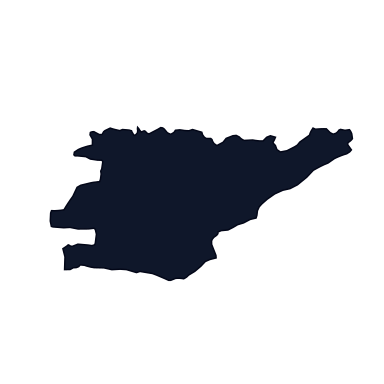 Luncavita, Caras-Severin, Romania (Equal Earth projection), rotated 117°
{"feature_id": "2599482B30693199299192", "entity_name": "Luncavita", "entity_type": "district", "adm_level": 2, "iso_a3": "ROU", "parent_name": "Romania", "parent_adm1": "Caras-Severin", "projection": "equal_earth", "projection_center": [22.223, 45.101], "detail": "fine", "context": "isolated", "style": "filled", "palette": "ink", "viewbox_px": 384, "rotation_deg": 117, "n_neighbors": 0, "source": "geoboundaries", "source_scale": "gbopen_adm2", "svg_char_len": 3476}
<svg xmlns="http://www.w3.org/2000/svg" viewBox="0 0 384 384"><g transform="rotate(117 192 192)"><path d="M289.0,204.9L286.4,202.3L282.6,190.3L282.1,185.9L281.8,181.5L281.5,177.1L281.3,172.7L280.4,170.9L276.3,167.3L275.3,165.5L274.4,163.7L273.7,161.9L273.1,160.0L272.1,159.3L271.1,158.7L270.0,158.1L268.8,157.7L267.6,157.3L261.5,153.5L254.1,150.4L247.9,148.6L244.0,145.4L239.8,140.6L237.6,141.9L229.8,150.7L226.8,152.3L225.0,152.5L222.5,152.0L219.4,150.4L217.4,150.0L215.9,150.7L213.2,148.5L209.5,142.7L207.3,141.1L205.1,139.5L202.8,138.0L200.5,136.6L196.1,132.0L190.0,127.7L186.1,123.1L183.3,123.6L179.0,125.2L174.7,125.4L171.0,124.4L164.4,121.8L156.1,117.4L149.3,112.0L144.5,106.2L137.7,101.3L126.8,96.5L117.6,93.8L114.2,91.5L110.9,89.2L107.6,86.7L104.5,84.0L97.6,80.3L96.0,79.1L94.4,77.8L92.9,76.5L91.4,75.2L89.5,73.4L87.7,71.5L84.6,69.7L82.1,69.1L79.2,74.7L77.2,75.5L76.6,75.1L75.9,74.7L75.3,74.4L74.6,74.1L73.9,73.8L73.1,73.6L72.4,73.4L71.6,73.3L68.3,75.6L67.4,76.3L66.7,77.2L66.0,78.1L65.5,79.0L65.0,80.0L67.6,83.7L68.8,88.1L70.2,89.2L71.2,89.3L72.1,89.5L73.0,89.8L73.9,90.2L74.5,90.6L76.4,92.5L76.4,95.9L74.7,101.0L75.9,103.4L77.2,105.8L78.6,108.2L80.0,110.5L80.1,113.2L81.1,113.3L82.1,113.4L83.1,113.5L84.1,113.5L85.1,113.5L86.1,113.4L87.0,113.3L88.0,113.1L98.5,118.6L102.3,119.4L104.9,120.9L112.1,126.1L116.2,131.4L115.7,135.6L112.7,138.8L111.8,141.3L110.9,142.5L109.5,142.3L108.1,142.3L106.7,142.4L105.3,142.5L106.3,147.7L109.3,150.3L114.3,151.9L114.7,152.8L115.8,154.9L116.6,157.0L117.4,159.2L118.1,161.5L122.4,169.0L122.4,170.5L122.3,172.0L122.0,173.4L121.5,174.8L121.5,178.3L123.3,181.1L128.7,185.9L133.6,186.9L139.3,190.9L138.9,194.2L138.4,195.2L137.8,196.2L137.1,197.1L136.2,198.0L135.8,199.6L137.9,203.8L137.5,206.1L136.2,208.6L134.3,210.4L136.1,219.9L138.8,222.5L139.8,224.6L140.7,226.8L141.4,229.0L142.2,231.2L144.5,234.8L147.1,235.1L150.1,237.0L150.3,237.9L150.4,238.9L150.4,239.9L150.4,240.9L148.5,245.3L148.2,247.2L148.8,249.1L151.4,250.7L159.8,256.7L160.0,258.8L159.1,261.1L159.2,262.4L161.6,264.5L161.2,265.5L160.8,266.4L160.3,267.3L159.7,268.2L159.1,269.8L160.7,269.2L161.4,268.6L162.3,268.1L163.2,267.8L164.1,267.5L166.6,268.1L167.8,269.3L167.2,270.5L166.5,271.6L165.8,272.7L164.9,273.7L165.4,276.2L167.9,282.3L170.1,284.2L170.7,286.6L171.3,289.0L171.8,291.4L172.2,293.9L176.8,297.4L178.4,298.1L181.6,298.2L182.9,300.7L182.8,306.8L183.2,307.5L183.6,308.2L184.2,308.8L184.8,309.4L185.1,309.6L187.4,308.8L190.1,304.7L195.5,302.0L198.5,305.7L200.3,307.6L201.6,308.9L202.9,310.2L204.3,311.4L205.8,312.6L209.9,314.9L212.5,314.1L212.9,312.7L211.7,310.3L208.7,302.6L208.8,297.6L206.5,290.7L204.7,286.9L205.3,285.3L212.4,282.9L214.8,282.8L217.2,281.1L222.3,279.3L224.8,279.0L225.8,280.7L226.9,282.3L228.0,284.0L229.2,285.6L230.1,286.7L236.5,294.2L240.0,296.5L249.9,296.2L253.9,296.8L257.9,297.3L261.9,297.7L266.0,298.0L267.8,300.5L269.5,303.2L271.1,305.9L272.4,308.7L274.9,308.4L282.2,305.1L286.5,301.7L286.2,300.0L282.1,290.1L278.9,284.6L276.7,276.8L271.8,267.4L268.8,262.9L269.2,261.2L273.0,258.0L281.6,254.9L283.3,254.8L285.2,256.8L286.4,260.4L290.3,270.0L294.6,273.8L295.4,275.5L295.3,276.2L295.2,276.9L295.2,277.6L295.3,278.3L296.8,278.9L298.3,279.7L299.7,280.5L301.1,281.3L307.5,275.7L319.0,270.3L316.3,265.3L313.4,263.4L311.9,260.8L310.0,259.1L307.7,258.5L306.1,254.5L305.8,252.3L305.3,250.1L304.8,247.9L304.1,245.8L303.9,245.0L299.6,236.1L297.6,228.2L293.4,221.0L290.9,215.2L289.0,204.9Z" fill="#0f172a" stroke="#020617" stroke-width="1.5"/></g></svg>